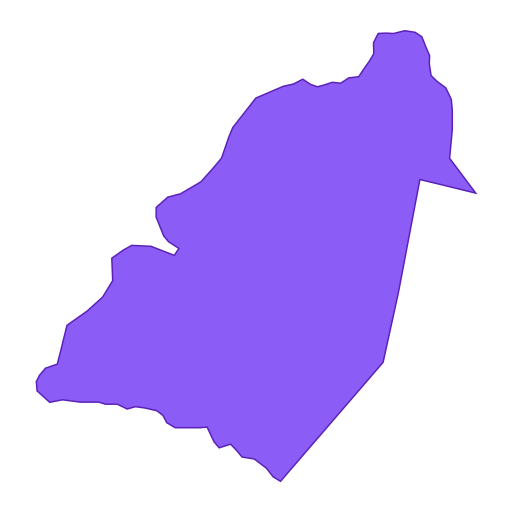 the district of Quixaba, Pernambuco, Brazil
{"feature_id": "56859067B2724242969158", "entity_name": "Quixaba", "entity_type": "district", "adm_level": 2, "iso_a3": "BRA", "parent_name": "Brazil", "parent_adm1": "Pernambuco", "projection": "natural_earth1", "projection_center": [-37.864, -7.714], "detail": "fine", "context": "isolated", "style": "filled", "palette": "violet", "viewbox_px": 512, "rotation_deg": 0, "n_neighbors": 0, "source": "geoboundaries", "source_scale": "gbopen_adm2", "svg_char_len": 1158}
<svg xmlns="http://www.w3.org/2000/svg" viewBox="0 0 512 512"><path d="M37.1,390.9L49.7,402.3L62.4,399.8L80.0,402.1L98.7,402.1L105.5,404.2L117.3,404.2L127.2,409.0L135.4,406.7L144.4,407.9L156.8,410.7L162.9,415.4L166.8,422.7L175.1,427.7L190.6,427.7L200.5,427.7L207.1,427.1L214.1,441.9L219.2,447.8L230.6,444.2L236.5,450.3L242.0,457.0L254.3,459.0L266.4,468.2L273.2,476.9L280.5,481.3L383.1,362.3L398.3,293.1L419.9,179.5L475.7,193.1L449.6,158.3L452.3,129.5L452.3,110.3L451.3,99.4L445.8,87.9L437.2,81.5L431.1,75.6L429.3,63.9L429.6,55.6L425.6,46.3L421.9,36.8L415.1,32.3L404.8,30.7L393.5,33.5L385.4,33.1L378.2,33.5L373.5,42.7L373.8,53.6L369.6,60.8L363.8,69.0L358.7,76.7L348.7,77.9L340.7,83.2L332.2,82.3L323.8,85.1L317.4,86.8L310.4,84.3L302.8,79.2L293.5,84.0L283.3,86.3L255.9,98.0L232.8,127.5L228.6,137.6L221.6,158.0L213.0,168.3L200.9,181.8L180.5,193.8L167.8,197.1L156.2,207.4L156.1,217.0L163.7,235.9L168.6,241.8L178.9,248.4L174.3,255.4L151.0,246.3L131.7,245.4L123.1,250.2L111.8,258.2L112.7,280.6L102.7,297.0L87.2,311.0L67.0,325.3L63.2,340.6L61.1,349.3L57.3,364.1L45.5,368.2L39.5,375.3L36.3,381.7L37.1,390.9Z" fill="#8b5cf6" stroke="#5b21b6" stroke-width="1.5"/></svg>